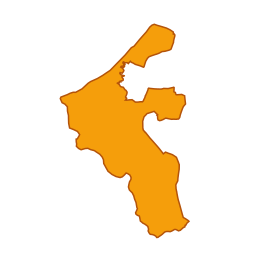 the district of St. Paul River, Montserrado, Liberia, rotated 96°
{"feature_id": "62588387B63326242332262", "entity_name": "St. Paul River", "entity_type": "district", "adm_level": 2, "iso_a3": "LBR", "parent_name": "Liberia", "parent_adm1": "Montserrado", "projection": "robinson", "projection_center": [-10.782, 6.5], "detail": "fine", "context": "isolated", "style": "filled", "palette": "amber", "viewbox_px": 256, "rotation_deg": 96, "n_neighbors": 0, "source": "geoboundaries", "source_scale": "gbopen_adm2", "svg_char_len": 5417}
<svg xmlns="http://www.w3.org/2000/svg" viewBox="0 0 256 256"><g transform="rotate(96 128 128)"><path d="M210.4,111.2L211.4,111.6L212.7,111.2L213.8,109.6L214.4,107.5L216.4,106.8L219.2,106.0L219.4,105.7L220.1,104.6L221.1,103.2L221.7,101.5L221.8,101.3L223.0,99.2L223.9,97.9L224.4,97.8L226.3,97.0L228.3,97.2L230.1,96.1L231.4,94.8L231.4,93.2L231.4,92.9L231.7,91.2L232.6,89.1L233.9,88.0L233.6,86.7L233.2,86.4L231.3,84.1L230.1,82.8L227.7,80.7L227.0,79.3L226.7,77.4L226.7,75.2L226.0,73.9L225.2,72.7L224.1,71.3L223.9,69.8L225.0,67.0L224.2,65.2L223.6,64.7L222.4,63.6L221.3,62.6L220.4,61.1L218.8,61.0L218.7,60.4L216.4,59.4L214.8,57.9L214.4,57.6L213.6,58.7L212.2,61.4L211.2,63.7L207.6,65.2L202.7,67.1L199.6,68.3L196.4,69.6L194.0,70.6L192.2,71.2L187.2,72.7L186.5,72.8L186.1,73.0L184.2,73.6L182.8,74.0L182.4,74.0L179.6,74.5L178.0,74.0L175.4,73.0L174.8,73.0L173.5,73.1L172.3,73.1L168.1,73.0L167.8,73.0L163.7,72.8L161.2,73.0L159.1,73.2L158.8,73.4L157.0,74.2L153.0,76.3L152.1,76.8L151.8,77.3L150.4,80.0L149.9,81.0L149.3,83.3L148.7,86.0L148.4,86.8L148.1,88.3L148.6,88.7L150.0,90.2L149.4,90.7L144.9,95.1L142.9,97.2L141.8,98.4L136.4,104.3L136.0,104.8L130.5,110.2L130.6,110.4L128.2,112.8L127.5,112.8L126.8,113.2L119.6,114.1L119.4,114.1L118.8,113.9L115.4,113.3L114.1,112.4L112.9,111.4L112.2,111.0L111.7,110.6L108.7,103.7L111.6,100.1L111.7,100.4L112.2,100.6L112.3,100.2L113.1,99.9L114.7,99.6L115.1,99.6L116.8,99.0L117.4,97.4L117.0,96.0L116.0,94.1L115.1,92.8L114.3,91.6L114.3,90.9L114.6,87.9L114.8,85.7L114.4,83.2L114.4,82.2L114.2,80.3L114.0,80.1L113.9,79.2L113.8,78.7L113.4,78.4L113.1,78.2L112.4,77.9L112.2,77.7L111.6,77.6L109.7,77.4L107.3,76.9L104.0,76.1L102.5,75.7L101.3,75.3L100.8,75.1L98.7,73.7L98.1,73.3L97.7,73.4L96.3,73.7L93.2,74.4L90.3,75.0L90.1,75.0L89.8,75.8L89.7,76.1L89.1,77.8L89.0,78.0L89.8,82.7L89.8,83.6L89.1,84.1L87.7,84.6L87.5,85.3L87.4,85.5L87.3,85.8L87.2,86.1L86.5,86.2L86.0,86.2L85.5,86.2L84.0,86.3L82.9,86.4L82.7,86.8L82.9,87.1L83.0,87.5L83.7,89.6L84.6,92.2L84.8,95.1L84.9,96.7L85.3,97.5L85.6,98.4L85.8,98.8L86.1,102.1L86.3,105.6L86.3,106.9L86.3,109.9L86.2,111.6L86.3,111.7L86.9,112.1L87.8,112.1L90.6,112.9L91.7,113.2L94.3,114.1L94.5,114.3L95.0,114.2L96.2,114.5L98.0,115.2L99.4,115.6L99.8,115.9L100.4,116.3L100.6,118.4L100.9,119.7L101.0,120.0L101.2,121.0L101.5,123.4L101.1,124.0L100.7,124.7L100.4,125.1L99.4,127.0L99.6,127.7L99.8,129.2L100.2,131.1L100.5,132.4L100.5,133.1L100.5,133.3L100.4,133.2L99.9,133.1L99.6,132.9L98.9,132.4L98.5,132.5L98.3,132.6L98.0,133.4L97.4,133.7L96.8,133.5L95.0,132.9L94.6,132.8L93.0,132.6L92.3,132.8L92.2,132.8L90.8,133.9L90.2,135.1L89.4,135.7L89.2,135.9L88.0,136.9L88.0,137.3L87.9,137.5L87.9,138.1L87.8,138.8L87.7,139.4L87.1,140.2L85.7,141.2L84.7,142.9L84.5,143.2L84.1,142.7L84.2,141.5L83.8,141.2L83.0,141.5L82.6,141.3L82.7,140.6L82.8,139.8L81.8,139.8L81.7,139.5L81.6,138.8L81.6,138.5L81.1,137.9L80.3,137.8L79.7,137.9L78.8,138.7L77.9,139.4L77.2,139.3L77.1,138.5L76.8,137.4L76.4,137.3L76.3,137.8L76.3,138.2L76.1,139.2L75.6,140.9L75.1,141.3L74.7,141.8L73.7,141.7L73.7,141.1L74.0,140.2L74.1,139.5L73.4,139.1L73.2,138.9L72.3,138.4L71.5,138.2L71.1,138.1L70.2,138.8L69.7,139.2L69.5,139.4L68.7,140.1L68.7,140.7L68.3,141.3L68.2,141.6L67.5,141.3L67.0,140.3L67.1,139.7L67.8,139.4L67.9,139.2L68.1,138.6L67.6,138.2L66.7,137.8L66.4,138.3L66.1,138.8L65.6,138.8L65.5,138.5L65.1,137.8L64.7,138.2L64.6,138.6L64.4,139.5L64.2,139.6L63.6,139.9L62.9,139.7L62.7,139.3L62.9,139.0L63.3,138.0L63.5,137.3L63.2,136.6L63.1,135.6L63.3,135.2L63.8,134.7L63.9,134.3L63.3,134.1L63.1,134.0L62.3,133.3L61.6,132.8L61.4,132.6L62.3,131.6L62.9,129.6L63.0,129.4L64.0,127.3L64.0,127.1L64.9,122.5L65.9,119.1L65.9,118.9L65.5,118.5L65.1,118.4L62.9,118.0L60.6,117.5L59.9,117.4L56.6,115.9L54.9,114.5L53.3,111.3L52.8,110.2L51.9,108.2L51.6,107.4L51.2,106.6L51.1,106.3L50.5,105.2L50.3,104.8L49.8,104.1L49.0,102.9L48.5,102.3L48.4,101.8L47.8,99.2L47.2,97.6L46.7,96.3L46.3,95.3L45.3,93.6L45.1,93.5L44.5,93.3L39.2,92.0L38.2,91.7L37.8,91.7L37.7,91.7L37.3,91.7L36.9,91.8L34.2,91.5L33.2,91.3L32.6,91.2L32.0,91.1L31.8,91.1L30.6,91.1L29.5,92.1L29.7,92.4L29.8,92.7L27.8,93.0L26.1,96.2L25.9,96.6L24.6,100.2L23.7,104.8L23.1,108.1L22.9,109.4L22.1,112.7L23.3,115.0L25.4,116.9L30.5,119.8L34.8,122.9L39.0,125.9L39.8,126.4L46.0,130.5L47.8,133.1L55.9,138.6L64.6,145.5L69.7,149.5L72.6,151.8L75.4,155.2L78.3,158.6L82.0,163.6L84.8,168.4L85.7,170.0L87.7,172.4L89.2,173.7L93.9,177.8L94.5,178.7L98.0,183.8L98.2,186.3L98.3,186.5L98.6,187.1L99.4,189.0L101.4,192.2L101.5,192.5L104.3,198.0L105.9,198.4L109.7,196.2L110.9,193.1L111.4,192.6L112.6,191.2L113.2,190.5L113.6,190.5L115.5,190.2L116.4,190.1L117.7,189.9L121.8,188.5L124.4,188.2L129.5,187.5L134.1,186.1L135.2,182.1L135.5,181.2L135.9,180.1L136.7,177.9L138.5,176.3L139.5,175.5L139.6,175.4L140.9,175.8L141.2,176.0L144.0,177.2L144.1,177.3L144.3,177.9L144.5,178.4L147.3,178.0L149.2,177.4L151.6,177.4L153.5,175.0L154.4,172.8L154.5,172.3L153.0,168.7L152.9,168.3L152.4,165.8L153.4,163.0L154.0,159.1L155.1,157.1L155.6,156.1L157.1,153.2L159.6,150.6L162.1,149.1L165.9,148.4L167.9,147.0L169.8,145.7L173.2,143.3L173.6,142.6L175.9,139.0L176.9,136.4L177.5,134.9L178.1,130.7L177.2,128.6L175.8,127.3L174.7,126.4L173.0,125.2L173.4,123.5L174.6,121.2L176.8,119.8L178.8,119.7L181.5,120.9L182.5,121.0L183.8,121.2L186.4,121.4L186.6,121.4L189.4,120.2L190.7,118.7L191.9,117.1L194.4,115.5L194.6,115.3L198.0,114.0L201.3,112.2L206.0,110.9L207.2,110.2L210.1,111.1L210.4,111.2Z" fill="#f59e0b" stroke="#b45309" stroke-width="1.5"/></g></svg>